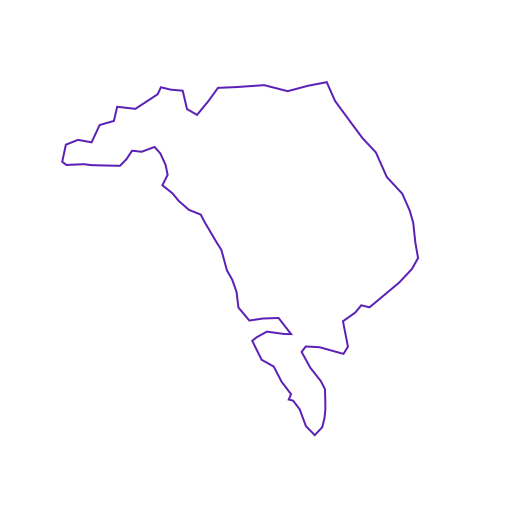 outline of Maronas, Paphos, Cyprus, rotated 74°
{"feature_id": "46923920B90699774301121", "entity_name": "Maronas", "entity_type": "district", "adm_level": 2, "iso_a3": "CYP", "parent_name": "Cyprus", "parent_adm1": "Paphos", "projection": "natural_earth1", "projection_center": [32.67, 34.763], "detail": "fine", "context": "isolated", "style": "outline", "palette": "violet", "viewbox_px": 512, "rotation_deg": 74, "n_neighbors": 0, "source": "geoboundaries", "source_scale": "gbopen_adm2", "svg_char_len": 1273}
<svg xmlns="http://www.w3.org/2000/svg" viewBox="0 0 512 512"><g transform="rotate(74 256 256)"><path d="M403.0,264.1L405.3,260.2L415.3,256.3L433.3,254.9L444.4,248.9L438.8,239.5L430.6,234.8L422.9,231.7L415.0,229.5L403.0,226.4L394.0,228.2L378.4,234.6L360.8,238.6L356.7,233.1L361.1,220.3L361.3,219.9L374.2,198.9L371.2,195.6L368.5,192.6L342.7,190.4L337.7,176.1L332.4,168.4L336.6,161.0L321.1,125.9L311.6,109.9L302.7,100.8L286.7,99.1L267.4,95.7L255.0,95.7L254.2,95.8L236.5,98.2L216.1,108.5L189.5,112.2L172.1,121.1L153.3,128.2L128.7,137.3L108.4,140.1L106.7,159.2L106.3,180.1L94.0,201.1L88.3,227.9L83.9,246.2L94.0,259.1L104.1,273.8L95.8,281.8L76.9,280.9L72.6,292.1L67.6,300.9L73.4,305.9L81.3,331.4L74.3,348.3L87.0,355.4L87.0,370.2L101.4,382.7L95.3,395.1L96.6,408.1L112.0,416.3L116.2,413.2L120.3,396.2L123.2,389.4L127.5,375.8L131.8,361.9L127.2,353.8L120.6,346.1L124.3,337.2L123.2,323.5L131.0,319.7L143.5,317.8L153.7,318.6L162.2,326.5L172.9,318.9L181.8,315.1L193.2,307.7L201.0,297.7L210.1,295.8L232.5,290.0L240.5,287.6L261.9,287.9L272.1,285.4L285.2,284.6L300.7,287.1L316.2,280.2L318.0,266.6L321.8,251.4L340.7,243.8L338.9,250.0L331.7,266.4L334.3,277.8L336.5,283.0L357.3,279.2L367.2,269.4L383.8,266.1L398.5,260.4L403.0,264.1Z" fill="none" stroke="#5b21b6" stroke-width="2"/></g></svg>